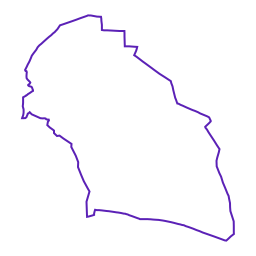 Afaq, Al-Qādisiyyah, Iraq
{"feature_id": "34846034B39567841057501", "entity_name": "Afaq", "entity_type": "district", "adm_level": 2, "iso_a3": "IRQ", "parent_name": "Iraq", "parent_adm1": "Al-Qādisiyyah", "projection": "mercator", "projection_center": [45.306, 32.022], "detail": "fine", "context": "isolated", "style": "outline", "palette": "violet", "viewbox_px": 256, "rotation_deg": 0, "n_neighbors": 0, "source": "geoboundaries", "source_scale": "gbopen_adm2", "svg_char_len": 3018}
<svg xmlns="http://www.w3.org/2000/svg" viewBox="0 0 256 256"><path d="M189.4,108.7L186.6,107.5L182.5,105.6L180.7,104.9L178.5,103.7L177.3,103.5L176.0,99.7L175.2,97.8L173.3,90.2L172.5,86.3L171.3,83.2L170.8,81.1L164.7,77.1L159.5,73.8L153.6,69.5L152.3,68.5L148.9,66.0L144.8,63.0L142.7,61.5L140.0,59.4L136.6,56.8L134.2,55.2L136.1,50.9L136.7,49.0L137.2,46.9L133.9,46.7L128.8,46.3L126.0,46.3L124.8,46.3L124.5,36.6L124.5,33.3L124.4,31.0L119.4,31.0L110.5,30.5L106.3,30.3L103.8,30.3L101.9,30.0L101.9,24.9L101.4,20.9L101.3,18.7L101.0,16.8L97.0,16.6L91.0,15.5L88.0,15.4L86.9,15.9L85.2,16.5L80.3,18.2L79.2,18.6L76.3,19.7L71.2,21.5L62.8,24.4L60.0,25.3L58.8,27.1L57.4,29.2L55.6,31.1L54.7,32.1L52.9,33.5L51.2,35.2L49.1,36.8L46.7,38.9L43.8,41.5L41.3,43.8L39.3,45.4L37.6,47.3L36.3,49.7L33.6,53.2L31.8,55.7L31.0,57.8L29.5,61.3L28.5,63.2L27.8,64.4L26.9,66.4L25.7,68.8L25.2,69.7L25.1,70.0L25.6,71.0L26.4,71.1L26.8,72.2L26.7,72.7L26.5,75.5L26.5,76.7L26.6,78.1L27.4,79.4L29.8,81.8L30.3,82.6L29.7,83.7L28.2,84.9L28.2,85.4L29.1,86.1L30.5,86.5L31.5,86.8L32.1,87.8L32.5,89.0L33.0,90.2L33.0,90.9L32.2,91.3L31.5,91.8L29.5,93.2L28.1,94.0L27.0,95.0L26.1,95.4L25.8,95.9L24.7,96.4L23.9,96.9L23.1,97.3L23.1,102.5L23.0,104.2L22.8,105.8L22.8,106.6L23.1,107.4L23.2,108.1L23.5,108.9L23.6,110.0L23.6,111.4L23.6,112.5L23.4,114.1L23.0,115.9L22.4,117.2L22.1,118.2L23.4,118.2L25.3,118.1L26.4,117.2L26.9,116.0L27.5,114.6L27.8,113.6L28.5,113.4L29.7,112.2L31.7,114.3L37.3,116.8L40.4,118.2L42.5,118.4L44.5,118.3L45.6,118.5L46.1,119.2L47.1,119.5L48.1,119.6L48.7,119.6L48.9,120.5L47.9,121.8L47.3,125.1L49.7,127.4L53.3,130.0L54.0,130.6L54.0,133.1L57.0,136.0L59.5,135.6L63.4,138.5L70.6,143.3L71.5,143.9L71.3,147.0L75.8,155.8L78.2,162.1L78.0,167.1L79.9,171.8L81.0,174.6L83.8,181.2L87.9,188.7L89.5,191.5L86.5,201.7L86.7,207.4L87.0,215.8L87.1,216.7L87.1,216.8L88.7,216.5L91.9,215.6L94.1,214.9L94.1,213.5L94.6,211.4L95.1,209.8L96.7,210.1L98.7,210.1L101.8,210.4L106.6,211.0L108.9,211.2L112.3,211.7L116.8,212.4L118.0,212.5L121.0,213.0L124.1,213.7L125.1,213.7L125.9,214.0L127.8,214.5L129.2,215.2L131.6,216.0L134.9,217.2L137.6,218.2L138.9,218.6L139.9,219.1L140.7,219.1L142.5,219.1L146.9,219.1L150.6,219.3L153.7,219.6L158.5,219.9L162.7,220.5L164.9,220.9L170.8,222.1L173.7,222.8L178.2,224.0L180.2,224.4L182.2,225.0L183.8,225.2L185.9,226.2L187.9,226.8L190.2,227.6L193.2,228.7L196.6,230.1L199.5,231.1L202.7,232.5L207.6,234.2L213.9,236.4L220.5,238.8L224.8,240.4L226.3,240.6L228.4,238.7L230.9,236.3L233.9,234.0L233.8,232.1L233.8,226.2L233.7,221.3L230.4,211.1L230.1,207.3L230.0,203.1L229.6,201.2L229.1,198.8L228.6,195.9L227.5,193.7L225.2,188.0L222.9,182.6L221.1,176.7L219.3,173.0L217.7,168.9L216.7,166.4L216.5,160.8L217.2,157.8L218.8,152.3L219.5,149.1L216.9,145.2L214.1,140.7L210.4,135.1L208.5,132.2L207.0,129.6L205.4,127.6L205.2,126.8L205.7,126.3L207.2,124.9L209.2,123.0L210.4,121.7L210.7,121.4L210.7,120.7L210.0,119.3L209.4,117.9L208.9,117.2L206.9,116.2L200.1,113.4L198.0,112.2L194.7,110.8L192.7,110.1L191.0,109.4L189.4,108.7Z" fill="none" stroke="#5b21b6" stroke-width="2"/></svg>